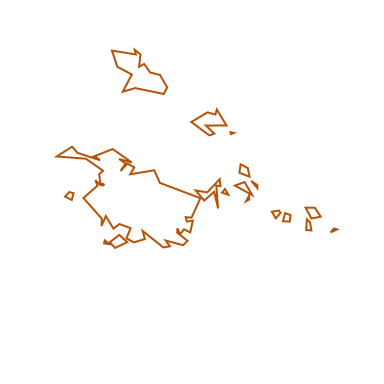 Balboa, Panama (Natural Earth projection), rotated 122°
{"feature_id": "35544464B8680648562753", "entity_name": "Balboa", "entity_type": "district", "adm_level": 2, "iso_a3": "PAN", "parent_name": "Panama", "parent_adm1": "", "projection": "natural_earth1", "projection_center": [-78.983, 8.439], "detail": "medium", "context": "isolated", "style": "outline", "palette": "amber", "viewbox_px": 384, "rotation_deg": 122, "n_neighbors": 0, "source": "geoboundaries", "source_scale": "gbopen_adm2", "svg_char_len": 1953}
<svg xmlns="http://www.w3.org/2000/svg" viewBox="0 0 384 384"><g transform="rotate(122 192 192)"><path d="M198.9,258.6L197.6,282.0L215.2,295.1L213.3,291.6L213.8,286.8L219.5,309.8L217.1,317.7L233.6,325.6L220.0,299.6L221.1,278.7L226.0,280.2L233.7,274.0L232.3,271.8L232.3,270.8L233.3,270.7L234.6,273.2L233.2,280.1L236.7,275.5L254.6,280.9L262.4,254.4L268.8,250.7L258.1,252.3L264.7,239.2L257.6,236.5L255.2,224.9L266.0,223.1L265.6,214.7L256.9,207.0L251.2,213.2L254.2,186.9L249.7,181.9L247.1,188.5L241.8,171.4L235.8,169.9L234.3,183.0L230.5,185.2L234.3,179.7L227.9,179.0L227.2,172.1L215.8,176.1L219.7,180.7L216.7,184.0L214.0,178.8L192.8,181.6L201.3,224.0L193.6,235.5L209.7,253.8L201.7,254.0L202.2,261.8L212.1,263.7L203.1,263.4L202.6,271.3L198.9,258.6ZM123.8,267.9L116.4,268.5L109.7,281.2L112.8,290.8L108.8,300.5L113.9,303.2L102.6,308.6L101.8,315.8L105.1,312.5L114.5,334.8L125.4,321.7L124.2,305.3L143.6,303.8L134.0,295.3L123.8,267.9ZM117.3,198.0L108.9,214.7L113.9,213.2L116.2,221.0L133.0,229.7L134.8,207.2L130.7,204.1L128.3,215.5L117.3,198.0ZM192.1,161.2L173.7,174.8L171.9,171.0L166.5,175.3L184.2,178.9L188.8,189.7L192.8,177.1L180.1,173.3L192.1,161.2ZM280.2,227.6L268.9,220.4L266.9,230.9L278.2,235.1L280.2,227.6ZM144.7,69.8L140.3,79.6L145.1,87.4L151.2,76.7L144.7,69.8ZM148.5,151.3L142.1,157.4L142.8,165.4L150.6,162.0L148.5,151.3ZM163.8,159.0L162.7,139.5L155.7,152.6L163.8,159.0ZM165.3,93.5L159.4,96.1L160.5,101.8L168.7,99.4L165.3,93.5ZM262.5,289.8L255.8,291.7L257.1,296.1L263.1,297.2L262.5,289.8ZM151.2,147.6L154.1,138.6L151.6,140.1L151.2,147.6ZM161.3,70.4L155.0,76.0L154.3,80.1L163.8,75.0L161.3,70.4ZM176.6,166.2L175.1,159.8L172.0,165.6L176.6,166.2ZM169.9,107.0L162.7,105.8L161.7,108.5L166.4,113.8L169.9,107.0ZM152.8,53.1L146.9,49.2L147.7,52.3L152.8,53.1ZM282.2,239.4L280.0,234.4L279.2,240.2L282.2,239.4ZM171.2,141.2L168.1,139.5L164.9,141.7L171.2,141.2ZM122.3,189.6L119.7,187.8L120.9,191.1L122.3,189.6Z" fill="none" stroke="#b45309" stroke-width="2"/></g></svg>